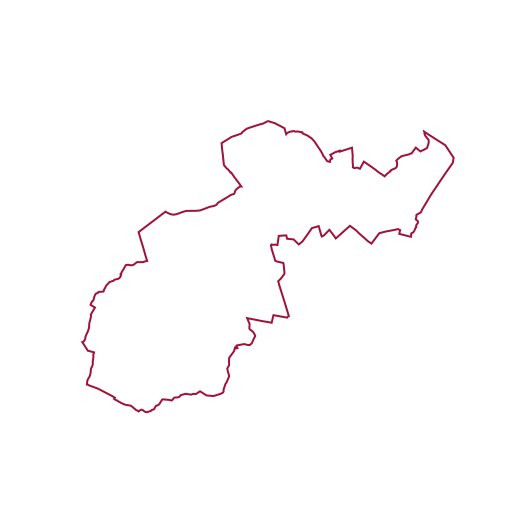 Madaras, Bihor, Romania, rotated 131°
{"feature_id": "2599482B85096243126104", "entity_name": "Madaras", "entity_type": "district", "adm_level": 2, "iso_a3": "ROU", "parent_name": "Romania", "parent_adm1": "Bihor", "projection": "albers", "projection_center": [21.733, 46.85], "detail": "fine", "context": "isolated", "style": "outline", "palette": "rose", "viewbox_px": 512, "rotation_deg": 131, "n_neighbors": 0, "source": "geoboundaries", "source_scale": "gbopen_adm2", "svg_char_len": 6126}
<svg xmlns="http://www.w3.org/2000/svg" viewBox="0 0 512 512"><g transform="rotate(131 256 256)"><path d="M401.4,348.8L400.6,343.7L408.7,342.2L409.4,341.3L410.2,340.7L413.9,338.7L416.0,337.8L418.4,335.9L420.6,334.5L421.8,334.0L423.8,333.2L424.8,333.0L425.7,332.7L427.3,332.3L428.6,331.8L430.4,330.7L431.0,330.4L432.9,330.0L434.2,330.2L435.0,330.6L435.6,328.2L437.8,320.9L435.0,315.0L437.4,313.9L438.3,313.0L438.7,312.6L441.1,311.0L442.5,310.2L443.3,309.4L444.7,308.3L446.2,307.4L447.2,307.1L448.9,306.8L449.2,306.7L452.1,304.6L454.0,303.4L456.6,302.4L458.2,302.2L459.6,301.9L460.9,301.4L463.6,299.6L463.8,299.3L463.4,299.1L463.4,297.9L462.5,295.2L461.2,292.0L459.7,287.9L455.9,271.9L455.8,270.5L455.5,269.6L456.9,269.3L456.7,267.3L456.2,266.1L456.1,264.6L455.9,264.1L455.3,261.0L454.3,257.7L453.8,256.8L451.3,252.6L451.1,252.0L450.9,247.0L451.0,246.0L450.6,244.5L450.3,242.6L447.5,242.0L447.3,241.8L446.6,240.6L446.5,238.2L446.3,237.4L446.1,236.9L445.9,236.5L445.4,235.8L444.9,235.5L443.3,234.5L441.8,233.7L440.5,233.6L439.0,232.6L438.5,232.4L435.1,233.2L434.5,233.0L433.6,232.5L432.8,232.1L431.3,231.8L430.6,231.9L426.1,232.6L425.4,232.4L421.7,227.3L420.7,225.4L420.2,224.8L419.9,224.7L419.4,224.7L417.2,224.8L416.6,224.8L416.2,224.5L413.8,222.1L412.0,221.3L410.8,221.6L410.4,221.5L406.4,218.9L406.2,218.7L403.2,214.0L401.3,213.0L401.0,212.6L399.8,211.0L399.3,210.7L394.9,209.5L394.8,209.3L393.7,201.9L389.6,196.2L385.5,193.7L384.5,193.0L382.3,191.9L381.4,191.5L380.6,191.3L380.4,191.3L379.5,191.6L378.0,192.9L372.9,195.0L372.2,195.1L370.4,195.4L364.6,197.3L364.2,197.5L363.8,198.1L360.1,203.6L358.7,204.1L356.7,204.5L355.7,204.8L354.1,206.5L350.7,209.3L350.1,209.5L342.4,210.1L339.1,211.7L338.9,210.4L338.7,210.2L337.7,209.7L337.7,210.0L337.3,210.5L337.1,211.7L336.5,211.9L336.2,211.8L335.8,211.6L330.6,207.5L330.0,206.7L329.5,205.8L329.1,204.9L328.7,204.1L327.8,202.9L327.4,202.4L327.2,202.3L324.7,201.9L318.9,203.7L317.3,203.9L316.8,204.2L316.5,204.6L315.2,208.3L315.2,208.7L315.4,212.6L315.3,212.9L315.0,213.5L314.5,213.9L311.7,216.1L311.2,216.6L310.8,217.8L310.1,219.1L308.7,221.9L300.7,208.0L298.4,204.3L296.1,200.4L289.2,204.0L282.1,192.1L280.7,192.1L280.2,192.0L279.8,191.8L272.7,203.1L263.0,218.9L262.8,219.1L262.8,219.4L261.6,220.9L260.5,222.7L256.9,222.4L251.4,222.8L250.8,222.9L250.4,223.1L247.3,226.3L244.5,229.3L243.3,230.9L244.6,233.1L246.4,236.6L247.0,238.3L242.2,245.9L241.2,247.6L240.1,249.2L238.0,251.8L237.8,251.8L237.0,251.8L236.8,251.4L236.5,250.7L236.2,250.2L234.8,249.0L233.7,247.0L225.9,252.0L222.5,248.7L220.6,246.6L222.6,243.9L218.8,238.5L219.2,231.3L218.4,231.1L214.2,230.5L205.5,231.3L198.3,232.1L192.3,228.3L197.7,220.1L197.9,219.6L198.1,219.1L195.6,218.2L188.1,217.8L188.1,217.7L189.6,210.4L190.4,207.3L171.6,204.9L171.1,198.4L171.0,196.8L171.3,193.6L171.3,188.7L171.3,186.5L171.4,181.3L170.9,177.0L157.9,177.9L152.2,174.0L146.1,169.1L142.6,166.5L142.4,166.3L142.3,166.0L142.2,165.0L141.9,164.2L142.4,164.0L145.3,162.4L139.9,151.7L138.5,152.4L138.1,152.7L137.8,153.2L137.4,153.5L136.9,153.6L136.3,153.4L135.9,153.1L135.1,152.9L134.1,152.9L132.9,153.1L129.5,154.2L129.1,154.0L128.7,154.3L128.1,155.0L127.8,155.2L124.5,155.6L123.9,156.3L123.5,156.9L123.4,157.4L123.6,158.5L123.5,159.1L123.4,159.5L123.2,159.8L121.4,160.5L120.2,161.6L119.8,161.8L119.3,161.8L116.7,160.8L114.7,160.2L112.5,160.9L111.3,161.2L95.2,164.1L70.1,167.2L56.6,168.6L52.2,171.3L48.2,185.8L51.3,206.5L51.7,209.7L51.8,210.6L53.0,209.0L53.3,208.9L54.2,207.1L54.6,205.2L55.1,202.3L55.3,201.7L55.9,201.1L57.2,200.1L58.5,199.3L60.5,198.6L61.4,198.1L62.3,197.8L62.6,197.8L64.7,198.7L65.8,199.0L68.0,200.1L69.2,200.5L69.3,203.0L69.3,206.5L76.6,205.9L77.5,206.7L78.9,207.2L85.3,211.7L85.8,211.8L90.2,212.6L92.1,212.6L92.7,211.2L93.9,209.9L95.6,208.7L96.2,208.4L97.6,208.2L99.3,208.8L101.3,209.9L103.3,210.5L103.7,210.5L104.0,210.1L104.3,210.3L108.1,211.0L111.5,211.2L111.5,211.5L111.8,214.4L112.0,215.7L112.3,217.9L112.5,219.8L112.5,221.9L112.9,226.7L114.0,236.5L122.0,234.8L122.7,237.0L123.0,237.7L125.3,239.6L125.5,241.1L125.0,241.3L123.7,242.6L122.5,243.9L119.6,246.6L118.7,247.4L117.2,248.5L116.4,249.3L111.3,254.6L122.2,261.2L121.5,261.8L125.7,264.3L130.9,266.3L132.4,262.4L134.5,263.2L136.5,262.0L137.7,264.5L136.5,269.4L136.2,271.2L135.3,272.9L134.0,276.7L133.1,280.3L131.2,287.0L130.8,290.6L130.7,291.5L130.9,292.3L131.3,296.0L132.9,301.3L132.2,302.2L133.6,304.3L134.6,306.2L136.3,307.9L136.6,308.4L136.8,309.3L137.1,309.7L138.3,310.4L138.8,311.1L139.3,311.4L140.4,312.2L142.5,313.1L144.3,313.1L140.9,318.3L143.4,328.9L145.0,332.4L146.0,334.9L146.2,335.2L146.7,335.6L147.5,336.0L151.5,337.6L152.2,338.0L153.4,338.8L153.8,339.3L155.2,340.0L157.1,341.3L162.8,344.6L163.2,345.0L165.9,346.4L167.3,346.8L171.0,347.5L171.3,347.6L172.8,347.4L173.5,347.6L177.3,349.7L182.0,352.5L193.4,356.0L197.2,352.1L201.4,347.4L208.4,339.9L208.8,337.7L209.1,335.2L209.0,334.2L209.3,331.9L209.8,330.0L209.3,329.5L211.0,322.6L212.3,316.3L213.2,312.7L213.5,313.1L214.5,313.8L218.5,314.6L219.3,314.6L220.1,314.5L222.4,313.6L223.4,313.3L223.8,313.4L224.1,313.5L225.1,314.3L226.3,315.0L231.3,316.5L240.3,319.5L241.1,319.6L243.2,319.4L245.2,320.2L247.1,321.5L248.1,322.4L249.3,323.2L256.9,327.3L258.8,328.5L261.9,331.6L264.2,334.3L265.2,335.3L266.5,336.9L267.8,338.3L271.0,340.3L276.7,343.5L277.7,344.3L278.8,345.2L280.3,347.5L280.7,348.5L281.8,352.4L281.9,353.4L315.0,360.3L317.5,356.4L324.9,344.7L326.8,341.8L327.7,340.5L330.4,336.1L331.2,334.9L333.0,336.3L334.7,337.2L337.7,340.6L338.2,341.4L338.5,341.6L339.4,341.9L340.7,342.2L342.8,342.6L343.9,343.1L344.3,343.5L344.7,343.9L345.5,344.9L346.3,346.5L347.6,347.8L348.2,348.2L349.2,348.1L354.0,347.1L355.7,346.9L357.1,346.4L358.3,346.5L358.6,346.3L358.7,345.4L360.0,345.1L360.4,344.7L360.9,344.7L361.8,344.6L362.3,344.6L363.8,345.1L366.2,346.9L367.0,347.3L367.4,347.3L367.9,347.2L371.7,349.4L372.3,349.5L374.4,349.5L375.9,349.7L378.3,349.2L379.8,348.8L381.5,348.5L382.4,347.9L382.7,347.8L383.0,347.9L383.2,348.0L386.1,351.0L386.7,351.3L387.8,351.2L389.3,352.1L390.6,352.0L392.9,351.3L394.6,350.3L396.0,349.8L397.2,349.6L398.3,349.9L401.4,348.8Z" fill="none" stroke="#9f1239" stroke-width="2"/></g></svg>